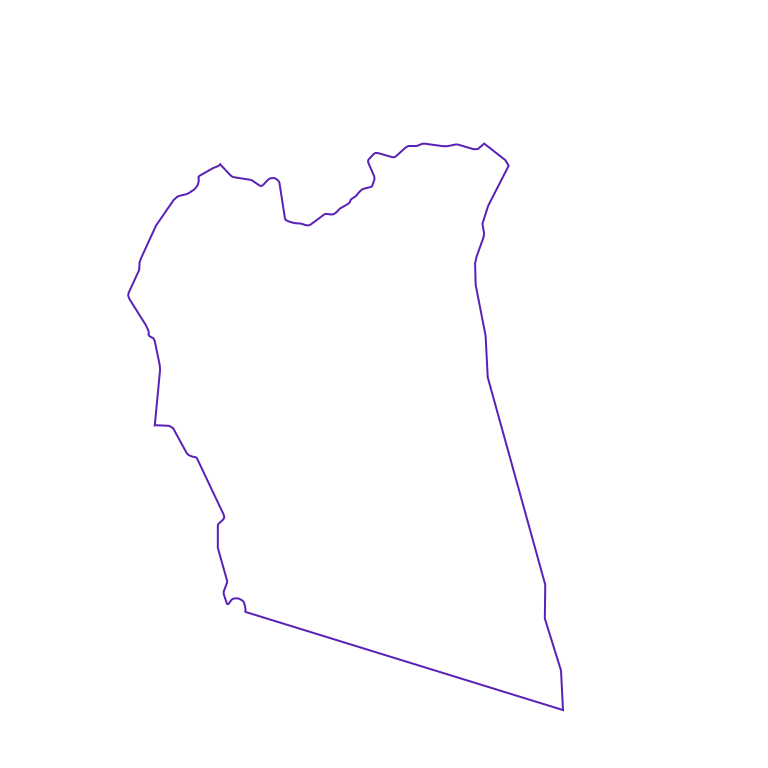 the Department of Zinder, rotated 108°
{"feature_id": "NER-92", "entity_name": "Zinder", "entity_type": "Department", "adm_level": 1, "iso_a3": "NER", "parent_name": "Niger", "parent_adm1": "", "projection": "orthographic", "projection_center": [9.186, 15.151], "detail": "fine", "context": "isolated", "style": "outline", "palette": "violet", "viewbox_px": 768, "rotation_deg": 108, "n_neighbors": 0, "source": "natural_earth", "source_scale": "10m", "svg_char_len": 2578}
<svg xmlns="http://www.w3.org/2000/svg" viewBox="0 0 768 768"><g transform="rotate(108 384 384)"><path d="M494.2,589.2L439.9,601.3L435.2,603.2L414.0,615.3L412.0,617.2L411.6,618.4L411.1,621.2L410.6,622.4L409.7,623.3L409.3,623.4L408.7,623.3L407.5,623.7L405.4,625.1L401.6,628.7L382.5,651.6L381.7,652.5L380.4,653.6L379.2,654.4L378.4,654.8L376.0,655.0L352.2,652.2L350.2,652.3L344.2,654.0L340.1,654.0L307.4,650.2L303.5,649.7L274.0,640.9L269.8,638.5L267.9,636.2L264.7,630.8L262.5,628.4L257.7,624.7L255.0,623.4L252.0,622.7L250.6,622.7L247.9,623.0L246.6,623.4L245.3,624.1L244.8,624.4L244.4,624.3L243.3,623.9L242.5,623.4L231.3,613.1L228.5,609.7L227.1,608.4L225.6,607.7L226.1,607.0L233.0,594.4L233.7,592.4L233.7,590.5L231.1,574.3L231.1,572.6L233.7,563.7L233.7,562.0L232.6,560.9L230.9,559.9L227.1,558.2L225.2,557.1L223.7,555.9L222.7,554.0L222.3,552.9L222.1,551.4L222.3,550.1L222.5,549.4L223.1,547.9L223.5,547.2L223.8,546.7L224.2,546.3L224.8,545.7L256.7,529.6L258.1,528.6L258.6,527.0L258.8,525.1L258.8,521.2L258.3,517.0L257.6,514.8L257.3,513.4L257.1,511.9L257.1,508.3L256.9,506.3L256.4,504.5L254.7,502.8L240.9,493.0L240.2,491.8L239.9,491.0L239.2,487.0L238.8,485.9L238.4,484.9L237.9,484.3L236.7,483.2L235.3,482.3L230.9,480.2L230.4,479.8L224.6,474.5L223.0,473.3L221.8,472.7L219.5,472.6L218.8,472.4L218.2,472.2L214.6,469.2L212.5,468.2L211.2,467.8L206.8,465.7L205.9,465.1L204.1,463.0L200.5,457.1L200.1,456.7L199.1,456.5L192.9,456.3L191.0,456.7L189.3,457.7L179.0,466.8L177.2,468.0L175.8,468.1L174.0,467.5L168.5,464.9L167.0,463.7L166.5,462.1L166.2,460.6L165.7,446.4L165.4,444.7L164.4,443.6L162.9,442.5L153.4,437.1L151.5,435.7L150.0,434.0L147.6,426.7L146.5,425.1L144.5,422.8L143.5,421.4L142.9,419.8L139.5,400.9L138.2,397.2L133.9,389.5L133.4,387.2L133.0,371.2L131.5,367.3L124.4,363.0L133.6,337.7L138.0,332.9L182.3,340.0L201.2,339.9L209.9,335.3L212.1,334.9L214.2,334.7L234.4,335.3L241.0,334.7L261.3,327.5L306.7,302.3L345.6,287.4L525.1,168.6L557.3,158.6L601.8,127.1L638.8,113.0L643.6,445.3L643.4,445.6L641.5,445.9L638.3,447.5L635.3,449.5L634.3,450.6L633.7,452.0L633.3,453.4L633.0,456.1L633.3,457.7L634.0,459.5L634.6,460.7L635.4,461.7L636.7,462.4L641.2,463.9L641.8,464.8L641.1,465.8L633.6,471.3L632.2,472.0L630.6,472.3L621.5,471.9L620.4,472.1L618.9,472.9L591.2,491.4L570.9,498.0L569.6,498.3L568.6,498.3L567.3,497.7L562.8,495.2L561.2,494.7L559.7,494.9L557.5,496.4L512.6,538.8L512.0,539.7L511.9,540.7L512.2,543.0L512.2,546.1L512.0,547.4L511.8,548.3L511.3,549.2L510.5,550.5L491.3,570.8L490.5,573.6L490.2,575.5L493.8,588.6L494.2,589.2L494.2,589.2Z" fill="none" stroke="#5b21b6" stroke-width="2"/></g></svg>